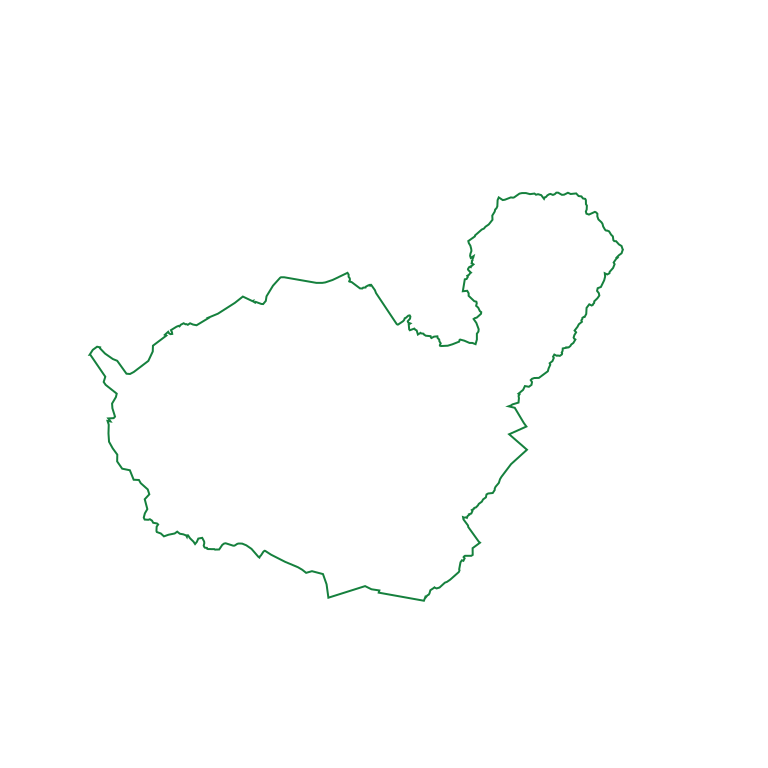 Musi Rawas, Sumatera Selatan, Indonesia (Mercator projection), rotated 144°
{"feature_id": "22746128B56500782521831", "entity_name": "Musi Rawas", "entity_type": "district", "adm_level": 2, "iso_a3": "IDN", "parent_name": "Indonesia", "parent_adm1": "Sumatera Selatan", "projection": "mercator", "projection_center": [103.025, -3.175], "detail": "fine", "context": "isolated", "style": "outline", "palette": "green", "viewbox_px": 768, "rotation_deg": 144, "n_neighbors": 0, "source": "geoboundaries", "source_scale": "gbopen_adm2", "svg_char_len": 6166}
<svg xmlns="http://www.w3.org/2000/svg" viewBox="0 0 768 768"><g transform="rotate(144 384 384)"><path d="M441.8,528.5L446.8,537.7L457.0,537.3L477.0,538.5L487.5,541.0L487.3,540.5L501.1,541.7L503.6,544.4L505.2,547.1L507.9,547.2L508.6,548.5L509.5,549.0L510.4,550.9L513.7,551.4L515.6,550.8L516.1,551.8L518.1,552.3L524.7,552.8L525.1,550.5L525.9,549.0L527.4,549.8L528.1,551.2L527.9,553.1L532.4,552.6L531.7,551.1L548.4,550.8L552.0,546.2L561.1,541.2L579.4,540.8L583.6,541.4L586.3,543.7L586.2,559.6L588.7,563.6L591.8,572.6L592.8,579.9L592.1,580.5L594.2,582.8L599.5,582.8L604.9,580.7L604.4,580.4L605.2,553.7L609.6,550.4L609.7,546.9L605.9,533.3L608.6,531.0L615.5,528.0L618.0,524.0L620.8,515.7L622.8,515.3L627.3,518.2L627.3,514.5L629.4,516.6L630.6,512.9L636.0,505.9L640.4,498.9L641.3,491.4L641.3,483.6L645.4,478.2L645.6,469.4L640.3,463.6L642.8,453.7L638.7,450.4L639.1,446.7L637.1,437.6L638.7,432.7L645.3,431.4L649.0,421.9L653.5,419.9L656.9,417.1L657.3,415.0L654.5,412.7L652.9,412.2L652.0,409.8L652.3,407.4L649.6,404.6L649.3,403.1L651.8,402.2L654.5,398.8L654.8,397.8L652.4,394.2L651.6,390.1L646.9,388.7L641.2,386.1L638.1,386.1L637.2,382.9L634.7,380.3L633.1,377.8L633.3,376.2L632.1,377.2L631.5,376.8L631.6,373.1L630.8,368.5L630.9,365.6L628.2,366.3L625.1,368.1L621.5,366.4L622.1,362.3L622.9,360.9L624.9,359.2L625.2,357.7L625.1,356.8L623.6,355.5L623.9,354.6L623.4,353.9L618.3,350.1L618.1,349.4L614.6,347.0L609.4,348.9L607.1,348.9L605.7,348.2L601.0,341.8L599.9,341.1L596.6,340.9L595.4,340.4L592.6,338.3L590.2,334.4L588.1,328.5L587.2,317.9L586.9,317.1L586.8,316.8L585.6,317.5L584.4,317.6L580.2,319.2L578.7,319.3L578.2,318.8L575.7,312.3L568.5,298.2L561.3,286.3L559.3,281.7L558.0,277.0L552.3,274.9L545.1,266.1L548.2,255.7L554.6,243.8L518.1,231.6L514.8,225.3L509.1,219.7L510.9,218.3L479.1,185.2L475.7,187.4L475.7,186.8L473.1,187.5L471.7,187.3L470.4,187.8L467.7,189.9L462.9,189.7L462.8,190.7L462.7,189.5L461.6,187.7L458.7,186.7L451.5,187.5L449.4,186.9L445.5,186.8L434.0,187.9L432.4,188.9L432.1,189.9L426.9,194.8L424.6,195.6L423.7,194.3L421.2,195.6L421.4,198.1L421.3,197.4L419.5,197.4L414.4,193.7L412.7,193.6L408.8,199.1L399.6,199.2L400.0,200.8L399.9,218.8L399.2,220.1L399.3,227.7L398.3,229.8L397.6,228.7L396.0,227.9L395.6,227.0L393.8,228.1L391.8,228.1L391.7,228.6L389.5,227.9L386.9,229.4L387.0,230.4L384.3,230.2L383.8,230.7L382.0,230.1L379.3,230.6L377.8,231.3L374.0,231.3L371.7,232.4L368.2,232.4L366.0,234.4L364.1,234.2L360.1,231.9L356.7,233.2L355.9,234.3L354.1,235.3L349.2,236.5L346.1,238.8L343.5,239.9L328.3,244.5L307.0,246.8L312.3,269.8L293.8,265.9L293.8,270.3L292.2,287.9L296.3,292.7L293.8,292.0L292.1,292.0L286.1,289.9L283.1,293.3L282.2,295.2L280.4,296.0L280.9,297.1L274.9,297.5L271.2,299.5L268.4,296.6L265.2,296.6L263.1,298.6L263.0,300.9L261.2,301.2L258.9,300.5L255.1,297.9L244.0,298.0L241.6,299.9L238.2,301.8L237.8,303.4L234.3,303.5L231.3,305.3L231.2,306.7L228.9,307.7L227.7,305.4L226.6,304.7L227.1,304.2L226.5,304.7L225.2,303.4L222.7,303.4L221.8,304.2L221.8,304.9L220.1,305.8L218.5,307.7L214.9,306.0L214.8,306.3L213.1,305.1L210.9,305.2L209.3,305.9L206.7,305.9L203.0,307.5L203.5,308.9L203.3,310.1L201.2,311.7L198.2,312.9L198.4,315.2L193.9,316.5L191.3,317.8L187.3,318.0L186.9,319.5L185.4,320.0L184.6,320.9L182.8,320.8L182.3,320.3L179.2,321.8L175.4,326.5L171.1,327.8L169.8,325.4L168.3,325.3L167.5,325.9L166.4,326.0L165.3,327.3L161.0,327.9L157.8,329.0L156.8,331.2L156.9,334.1L154.8,335.9L151.5,335.0L144.9,338.5L141.9,341.0L140.3,343.8L139.0,341.4L136.5,341.1L135.5,342.1L130.5,343.2L127.0,345.4L126.8,347.3L122.6,348.8L120.9,348.9L121.3,349.6L118.2,350.1L115.0,350.1L111.9,352.3L111.0,352.3L111.8,352.7L110.7,356.0L111.9,358.9L112.3,363.1L113.7,364.2L113.9,365.5L112.1,368.9L112.5,371.3L112.2,375.2L113.3,377.0L114.1,377.5L114.5,378.8L114.1,382.6L113.1,385.1L113.0,386.9L113.8,391.1L112.9,394.2L111.3,396.3L111.5,398.0L112.2,399.3L118.6,400.6L120.1,402.8L119.3,404.9L117.5,406.0L115.0,409.1L114.9,410.8L112.6,414.1L112.4,415.5L114.0,417.2L114.0,419.7L116.1,421.7L116.5,425.2L121.3,428.0L122.8,430.6L127.0,431.3L128.9,432.5L130.7,436.5L132.1,437.5L134.3,437.2L136.2,437.7L137.6,439.9L138.8,440.4L141.0,440.6L142.8,440.1L144.2,440.5L145.7,439.7L145.8,444.4L147.8,447.0L149.8,447.8L150.3,449.6L154.3,451.8L157.0,455.1L160.0,457.3L162.5,458.4L169.0,458.5L170.1,458.9L171.7,460.4L177.8,462.0L179.8,463.0L181.5,467.5L184.0,466.0L187.9,461.1L189.9,460.0L191.5,459.8L193.1,458.4L197.4,456.6L199.7,453.1L205.5,451.5L209.5,451.6L211.8,451.0L214.1,451.5L223.0,450.7L223.7,450.0L231.8,450.1L232.6,448.0L232.8,445.2L234.1,441.9L235.1,440.2L237.5,438.6L239.0,437.1L239.7,435.0L236.3,434.8L237.8,433.6L238.7,433.5L239.6,432.1L240.6,431.9L241.3,430.7L242.1,430.3L241.3,428.2L243.4,428.0L243.9,428.3L245.1,427.5L245.7,428.4L246.4,428.5L248.2,427.8L248.7,427.4L248.8,426.4L248.2,423.0L249.2,423.1L250.8,422.4L253.1,422.6L253.2,421.4L255.5,420.4L257.1,421.2L265.7,412.7L261.9,410.5L262.2,407.6L263.7,405.6L262.3,398.0L260.9,396.3L261.5,394.8L263.5,393.1L262.9,390.4L263.6,386.6L263.1,385.0L264.2,383.8L266.7,383.5L270.0,383.2L271.8,383.9L273.3,383.9L273.4,379.1L275.2,372.7L276.8,370.9L279.3,370.1L282.7,365.4L286.5,362.4L288.4,365.3L290.7,367.0L293.6,371.9L296.3,375.2L297.0,375.2L298.3,374.1L305.3,375.9L309.9,377.5L316.2,381.6L316.4,381.3L316.0,382.6L314.2,383.6L314.1,385.9L313.2,387.6L313.6,389.6L312.8,391.2L315.7,392.9L318.6,393.3L318.7,394.0L318.2,395.3L321.8,398.5L322.6,400.5L322.5,401.5L324.3,403.2L324.4,403.9L327.5,404.1L326.1,408.1L326.8,409.6L326.9,411.0L331.5,412.3L331.5,413.4L329.0,417.6L327.1,417.5L328.3,419.4L327.9,420.8L324.5,421.6L323.0,423.1L322.9,424.4L324.2,425.0L327.5,424.7L328.6,425.0L330.0,424.0L331.6,423.6L337.6,423.8L338.2,424.2L338.5,425.1L337.0,462.3L336.2,465.2L336.1,471.8L337.2,472.5L337.6,471.9L338.6,473.0L341.5,473.4L342.2,472.9L344.2,474.2L345.3,474.0L347.2,475.4L350.3,485.5L351.8,487.2L351.8,487.6L350.5,488.1L349.6,489.6L349.6,491.6L348.3,493.3L348.2,495.4L356.9,497.0L357.2,496.6L357.1,497.0L364.5,498.4L371.8,500.7L374.5,502.1L379.2,505.5L402.1,529.1L404.6,530.9L405.6,531.0L416.0,528.8L427.5,524.0L430.8,520.7L434.8,519.7L436.2,520.9L439.5,525.8L440.4,525.5L441.4,527.9L440.9,528.2L441.8,528.5Z" fill="none" stroke="#15803d" stroke-width="2"/></g></svg>